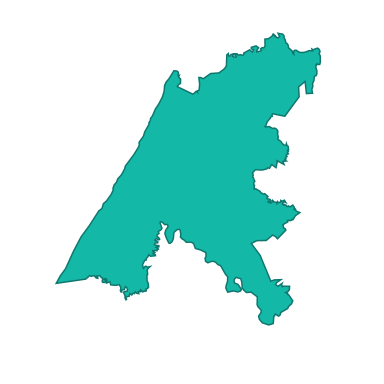 the district of iLembe, KwaZulu-Natal, South Africa, rotated 171°
{"feature_id": "47623444B69150070479938", "entity_name": "iLembe", "entity_type": "district", "adm_level": 2, "iso_a3": "ZAF", "parent_name": "South Africa", "parent_adm1": "KwaZulu-Natal", "projection": "natural_earth1", "projection_center": [31.231, -29.241], "detail": "fine", "context": "isolated", "style": "filled", "palette": "teal", "viewbox_px": 384, "rotation_deg": 171, "n_neighbors": 0, "source": "geoboundaries", "source_scale": "gbopen_adm2", "svg_char_len": 6002}
<svg xmlns="http://www.w3.org/2000/svg" viewBox="0 0 384 384"><g transform="rotate(171 192 192)"><path d="M190.9,314.6L196.9,307.6L200.3,304.6L202.4,301.5L203.7,296.1L206.1,290.9L210.9,284.3L215.0,279.9L219.3,273.2L221.3,271.3L222.1,268.9L223.8,267.1L223.5,266.5L224.2,265.2L229.2,258.9L231.3,254.6L236.2,249.7L236.7,248.5L236.5,247.3L238.0,244.5L243.4,238.2L253.8,228.0L254.9,225.4L259.1,219.9L263.1,216.8L265.2,213.3L267.8,211.2L269.5,207.9L269.5,206.3L272.2,202.3L277.9,196.5L281.3,194.4L283.5,189.8L286.9,188.0L298.9,174.6L308.6,165.0L318.4,151.9L328.8,136.1L335.2,129.8L340.4,123.0L310.6,122.6L306.1,125.5L304.9,124.5L301.9,124.8L300.1,122.1L298.6,121.4L298.4,122.2L299.8,123.4L299.6,124.0L295.9,123.7L295.0,121.7L293.6,120.6L294.7,117.8L294.3,116.7L292.3,116.3L291.3,116.9L291.1,118.1L292.6,119.7L290.8,120.1L289.9,118.7L290.6,115.5L287.1,116.2L286.8,113.0L281.8,111.7L278.3,111.9L277.2,108.5L278.2,105.7L277.7,104.3L277.0,104.2L276.9,106.1L274.0,106.3L272.8,108.9L271.5,107.9L270.9,106.2L271.6,104.2L274.7,104.2L275.2,103.2L274.3,99.6L274.8,98.0L274.1,95.9L273.4,96.3L273.9,97.8L273.6,98.6L270.3,98.9L269.3,101.5L267.6,99.7L266.1,101.3L264.7,100.6L263.6,102.4L262.4,100.6L260.5,99.9L260.7,102.0L259.6,101.6L258.2,103.3L258.0,101.7L257.0,102.4L256.2,101.0L254.4,101.8L254.1,101.3L252.6,101.5L252.7,103.4L250.8,103.7L250.5,105.0L249.8,104.9L249.5,108.3L250.3,111.8L249.7,114.8L250.0,115.9L249.6,116.9L248.9,117.0L248.6,118.5L248.5,121.5L247.7,123.1L245.1,124.9L247.8,124.7L248.9,125.8L249.9,125.9L251.9,124.2L252.3,127.8L249.3,132.1L248.0,131.9L247.2,133.8L245.6,135.0L244.6,136.8L242.9,135.0L238.1,134.8L238.0,135.7L240.2,137.3L238.2,137.9L240.1,139.7L239.9,140.3L235.7,139.5L235.7,140.6L234.2,140.8L234.5,141.8L236.2,143.0L235.4,143.5L233.3,143.1L233.1,144.2L236.6,145.2L237.3,145.9L236.2,147.4L233.8,147.2L233.5,148.0L234.4,149.2L236.1,149.8L236.2,150.5L234.5,151.5L232.3,149.9L231.4,150.3L231.4,151.1L233.6,154.0L232.7,155.5L231.1,156.1L231.4,158.3L228.9,159.3L227.3,160.9L228.4,166.4L228.1,167.3L227.2,167.4L226.0,166.7L224.2,164.1L221.5,163.8L221.1,163.1L221.2,161.3L223.9,158.5L225.3,155.3L224.4,150.0L222.8,145.1L221.6,144.8L219.4,146.1L217.7,148.9L216.2,154.8L212.8,157.1L210.3,157.2L209.7,156.1L209.7,151.6L210.5,149.3L208.9,147.0L207.0,145.5L205.6,143.3L200.9,142.6L199.3,141.7L198.3,140.1L197.5,135.7L192.6,133.4L187.8,130.0L188.2,126.1L189.5,124.6L189.4,121.3L187.4,119.6L183.5,120.4L181.2,120.0L179.5,118.7L177.8,116.3L175.2,114.6L171.7,105.3L170.0,102.8L170.9,98.1L173.0,94.1L173.6,91.7L172.4,87.5L166.4,87.8L162.4,86.1L159.7,86.6L158.6,87.8L158.9,89.1L161.1,93.6L163.9,95.2L164.4,96.7L164.2,98.8L161.9,100.8L157.4,98.8L156.9,95.0L157.4,89.5L156.5,87.4L154.0,84.2L149.2,83.8L143.9,78.2L145.3,70.6L144.8,68.4L142.3,64.7L142.3,63.5L142.8,62.1L145.7,58.9L145.3,55.6L143.0,51.8L137.0,48.7L132.3,49.4L130.6,56.6L129.7,56.8L128.8,58.4L125.8,55.8L124.1,56.9L123.2,59.1L115.8,61.9L114.5,63.9L111.2,65.9L109.5,68.8L112.5,75.2L113.6,75.8L113.4,76.9L115.2,78.0L112.7,78.7L111.1,80.3L110.4,83.6L117.1,84.8L117.6,84.4L118.0,86.7L117.4,87.6L122.0,85.4L123.9,87.6L122.7,89.2L118.0,91.5L124.5,92.3L128.1,91.5L134.6,118.7L141.5,131.9L135.5,133.8L126.3,132.5L119.3,136.8L116.7,135.2L114.9,132.4L105.3,139.6L105.6,141.1L107.3,142.5L107.1,145.6L102.1,147.5L102.4,148.3L101.4,149.2L100.0,148.3L97.7,148.7L97.4,149.5L96.5,148.9L93.6,152.4L88.7,154.8L92.2,156.9L92.5,159.0L94.0,158.7L93.3,160.8L94.5,163.3L96.0,162.8L96.3,162.2L97.9,162.0L98.8,163.2L100.5,162.7L101.4,164.6L103.0,164.5L102.9,165.4L104.4,165.6L104.4,166.6L102.8,168.2L101.0,167.0L102.1,169.5L104.6,168.7L105.5,169.8L106.2,168.2L108.2,167.9L109.1,169.2L110.0,167.4L110.3,168.5L112.2,169.2L113.7,171.1L114.2,169.7L115.6,168.8L116.6,169.8L117.1,169.5L117.0,170.1L118.5,170.4L118.1,171.0L116.4,170.3L115.4,171.0L116.0,172.4L119.0,173.8L118.7,175.1L117.7,175.6L118.5,176.7L120.5,179.0L121.7,178.7L124.0,180.5L124.7,182.0L128.3,185.0L130.0,185.2L129.6,185.7L129.9,187.5L129.2,188.8L129.8,189.4L129.5,191.6L128.3,192.7L129.6,197.9L128.8,199.2L129.3,201.3L125.9,204.1L119.3,202.7L114.7,203.1L113.3,204.1L111.8,203.3L109.0,206.7L105.2,202.9L103.1,208.4L103.1,209.6L96.8,204.8L97.4,208.0L94.0,207.9L95.2,208.9L95.1,209.9L93.9,210.0L94.1,211.7L92.6,212.1L93.1,214.1L90.8,214.7L91.6,216.3L90.3,217.3L91.2,218.2L90.0,218.9L89.9,222.1L90.7,222.5L91.2,225.0L91.7,223.5L93.7,223.9L95.3,225.8L96.3,228.1L99.1,230.8L98.2,232.5L98.4,236.3L97.8,237.9L97.8,239.2L98.8,241.0L100.4,242.2L102.3,242.1L105.5,244.6L109.0,244.6L109.7,245.3L108.8,245.8L106.6,249.7L103.1,252.7L102.8,253.7L100.8,254.2L101.0,255.6L100.2,256.7L88.5,252.3L71.3,269.3L70.3,279.2L63.0,283.5L63.6,271.3L57.5,270.7L57.6,274.6L56.2,277.2L55.8,280.7L54.2,282.7L53.3,286.4L52.4,287.4L51.2,287.5L50.3,288.8L49.7,292.1L50.2,296.5L49.5,297.5L49.7,298.2L48.5,299.1L48.2,298.3L45.9,298.0L44.9,300.2L44.0,306.2L44.9,309.0L43.9,309.8L43.6,311.3L44.3,313.4L45.6,314.5L50.2,313.6L51.1,314.3L50.7,312.6L54.0,313.3L58.5,312.4L61.4,312.5L64.0,313.2L67.1,315.8L68.7,315.8L69.8,314.8L69.9,312.2L70.9,313.7L71.0,315.6L74.1,319.4L74.1,322.0L74.9,323.9L75.9,324.3L76.1,327.6L77.0,330.2L76.6,331.7L77.7,333.7L82.2,335.3L81.1,331.8L82.9,330.8L84.4,331.5L85.4,333.5L86.3,334.5L86.3,333.6L87.3,335.1L88.7,333.3L92.4,331.5L96.1,331.6L97.0,324.8L98.5,323.1L100.1,323.6L102.0,322.6L101.2,321.2L101.6,320.6L106.1,320.2L106.1,321.2L103.7,324.2L105.9,326.3L110.8,325.6L111.0,324.2L108.9,322.9L110.5,320.8L112.8,323.4L119.2,321.1L119.2,319.9L120.6,319.0L122.5,320.0L124.9,320.0L125.8,321.4L129.2,322.0L129.1,321.2L127.4,320.2L127.0,319.0L127.2,318.4L128.4,318.5L130.7,319.4L130.1,320.8L130.4,321.8L132.0,321.7L133.2,320.3L134.4,320.5L134.5,323.1L136.2,321.9L138.3,311.2L140.6,308.7L146.7,305.4L155.1,306.1L163.1,302.1L165.7,303.8L167.3,304.0L167.6,297.2L169.1,291.4L171.5,290.9L171.2,289.7L172.2,290.7L175.7,288.4L190.1,298.4L188.3,300.3L186.4,301.0L185.6,305.5L187.3,307.4L186.3,309.2L187.3,309.0L187.5,309.5L186.8,311.1L187.0,312.8L187.7,313.7L190.9,314.6Z" fill="#14b8a6" stroke="#0f766e" stroke-width="1.5"/></g></svg>